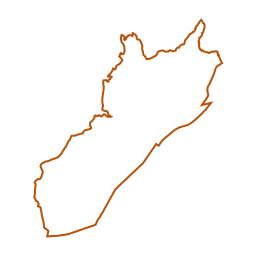 the district of Poiana Campina, Prahova, Romania, rotated 83°
{"feature_id": "2599482B35117184166461", "entity_name": "Poiana Campina", "entity_type": "district", "adm_level": 2, "iso_a3": "ROU", "parent_name": "Romania", "parent_adm1": "Prahova", "projection": "robinson", "projection_center": [25.703, 45.113], "detail": "fine", "context": "isolated", "style": "outline", "palette": "amber", "viewbox_px": 256, "rotation_deg": 83, "n_neighbors": 0, "source": "geoboundaries", "source_scale": "gbopen_adm2", "svg_char_len": 5628}
<svg xmlns="http://www.w3.org/2000/svg" viewBox="0 0 256 256"><g transform="rotate(83 128 128)"><path d="M220.1,172.0L215.0,168.9L213.6,167.3L209.8,164.5L207.6,162.6L205.5,161.3L203.4,159.7L187.3,148.0L186.0,146.3L178.4,135.9L173.4,129.2L171.8,126.9L166.4,119.7L164.8,117.4L147.3,102.0L149.3,99.7L145.9,96.8L144.1,94.9L142.5,92.6L141.5,90.9L136.1,82.7L134.3,78.7L133.5,76.2L132.8,71.4L132.2,68.0L131.7,66.7L130.6,64.4L128.1,60.4L125.5,56.7L123.0,53.3L121.4,51.4L120.0,49.6L118.5,47.9L113.2,42.6L114.2,51.8L107.3,45.6L105.4,44.4L103.2,44.4L101.4,44.8L98.7,44.3L96.8,43.8L94.4,41.8L84.6,36.0L79.8,33.9L77.9,32.5L77.2,31.4L75.1,26.6L72.6,27.7L67.9,29.0L67.7,28.9L66.3,29.2L66.3,29.3L66.7,29.8L66.4,29.9L65.3,29.7L65.1,29.7L64.9,29.9L64.5,29.8L64.1,29.9L63.6,29.8L63.3,30.2L63.1,30.4L62.7,30.7L62.8,30.9L62.5,31.8L62.5,32.5L62.8,32.9L62.8,33.2L62.7,34.4L62.4,35.1L62.5,35.9L62.6,36.5L63.2,37.4L63.4,38.8L62.7,39.6L62.6,40.5L61.1,43.6L60.5,44.2L59.8,44.8L60.0,45.2L60.2,45.5L59.6,45.8L59.3,46.0L59.2,46.5L59.0,46.8L57.8,46.9L57.1,47.5L56.2,47.4L54.7,47.6L54.0,47.1L53.3,47.1L52.5,47.3L52.0,46.9L51.7,47.0L51.5,47.3L51.3,47.4L50.7,47.5L50.0,47.2L49.2,46.6L48.7,46.4L48.3,46.4L48.0,46.1L47.1,46.1L47.2,45.7L46.3,44.6L45.7,43.8L43.9,43.2L43.5,42.9L43.1,42.8L42.8,42.9L42.5,42.0L42.3,41.8L38.8,40.3L36.9,39.7L36.1,39.7L35.2,39.5L34.5,39.4L34.1,39.6L33.1,40.5L32.6,40.7L31.0,41.4L29.6,42.2L31.4,44.1L32.1,44.5L32.2,44.8L32.9,45.2L33.0,45.4L33.3,45.7L35.2,47.4L35.3,47.4L35.6,47.9L36.2,48.4L36.8,48.8L36.8,48.6L37.0,48.6L38.0,48.9L38.6,49.2L39.3,49.7L40.7,51.3L40.8,51.7L40.6,52.0L41.8,53.5L42.3,55.1L44.3,56.8L45.8,58.2L46.5,58.9L47.5,60.2L48.2,60.7L49.6,61.3L50.9,61.7L51.7,62.2L51.8,62.5L51.7,63.8L51.8,64.5L52.3,65.7L52.9,66.5L53.7,67.0L54.4,67.6L54.5,68.0L54.3,68.7L54.3,68.9L54.8,69.9L55.0,70.2L55.8,70.8L56.9,71.2L57.0,71.3L57.3,73.3L57.3,73.7L57.3,74.1L57.0,74.8L56.0,76.6L55.9,77.0L56.1,77.5L56.7,78.0L57.0,78.5L57.0,78.8L56.8,80.3L56.8,81.8L55.3,83.9L55.2,84.4L55.7,88.3L55.9,88.6L56.5,89.3L57.0,89.6L58.1,90.0L58.5,90.4L60.1,92.4L60.2,92.7L60.1,93.0L60.1,93.4L60.6,94.2L60.9,94.7L61.2,95.8L61.3,96.7L61.9,97.8L62.0,98.5L61.9,99.5L61.9,101.2L61.5,101.3L59.4,102.2L58.1,103.0L57.5,103.6L56.9,103.8L53.8,103.9L52.6,104.2L51.6,104.3L50.3,104.2L48.5,103.8L47.2,104.0L45.1,104.6L44.0,104.8L42.4,105.4L42.1,105.6L41.8,106.0L41.5,107.0L41.4,107.3L41.1,107.5L41.0,108.0L40.9,108.1L39.9,108.4L38.1,108.3L37.2,108.9L36.5,109.1L36.2,109.4L36.0,110.0L35.8,110.3L34.4,111.5L34.4,111.8L34.6,112.0L36.0,112.1L37.2,112.5L36.2,114.2L36.0,115.0L36.0,115.5L36.7,117.0L36.8,116.9L37.1,117.1L37.3,117.7L37.6,118.2L39.0,119.0L39.9,119.7L40.2,120.2L40.0,120.6L40.0,120.9L39.8,120.9L39.4,120.7L39.2,120.9L39.0,121.0L38.7,120.3L38.0,120.0L37.7,120.0L36.8,120.6L35.9,121.5L35.3,122.2L34.9,123.0L35.2,123.3L36.2,123.4L36.9,123.8L37.8,124.2L38.1,124.2L39.0,124.1L41.5,124.0L44.7,122.3L46.6,121.8L48.5,121.8L49.5,121.9L51.7,122.2L52.3,122.4L52.7,122.9L53.5,123.1L53.8,123.4L54.1,124.0L54.1,124.4L54.1,124.7L53.6,125.2L52.8,126.0L53.2,126.4L54.9,127.3L56.0,128.0L57.0,127.0L57.3,126.7L59.1,125.8L59.9,125.3L61.1,126.2L62.4,127.6L63.4,128.6L63.5,128.7L63.7,129.6L63.9,129.9L64.2,130.7L65.0,131.8L66.1,132.5L67.2,132.9L67.9,133.4L68.2,133.7L68.3,133.9L68.3,134.2L67.1,135.3L69.5,136.8L70.5,137.6L72.1,139.2L73.5,141.0L74.0,141.5L74.3,141.6L74.6,141.5L74.6,139.5L74.9,138.2L75.1,137.9L75.4,138.0L75.6,138.3L76.1,139.1L77.4,140.2L77.6,140.7L78.2,141.5L79.0,141.8L79.6,141.9L79.6,142.3L79.5,142.6L79.1,143.0L78.1,143.5L77.9,143.8L77.8,144.2L77.8,146.5L78.9,146.9L80.9,147.2L83.9,147.0L84.9,147.2L87.9,147.7L89.0,148.2L91.5,148.8L93.0,149.3L95.1,149.7L96.8,150.1L98.2,150.2L101.5,150.4L102.0,150.1L102.9,150.0L104.9,150.8L105.7,151.1L106.4,151.2L106.9,151.1L107.2,150.9L108.0,149.4L108.7,147.4L109.1,146.7L109.4,146.3L110.1,146.1L111.7,146.0L112.5,145.7L113.4,145.1L114.6,143.4L114.7,143.7L114.7,144.4L114.5,146.4L114.4,146.9L113.8,147.5L111.9,149.1L111.7,149.3L111.5,149.8L111.5,150.2L111.7,150.6L112.0,151.1L113.0,152.1L113.2,152.5L113.3,152.8L113.2,153.3L112.1,154.4L111.7,155.0L111.8,155.4L112.4,156.3L112.6,156.8L112.6,157.1L111.7,158.5L111.6,159.0L111.7,159.5L112.0,159.7L112.4,159.9L113.9,160.0L114.1,160.2L114.9,161.2L116.6,162.6L117.2,163.7L117.5,164.4L117.9,164.8L120.2,165.3L120.9,165.4L121.2,165.3L123.1,164.5L123.6,164.5L123.8,164.6L124.2,165.4L124.5,166.7L124.6,167.6L124.8,168.2L124.8,169.0L124.9,170.4L125.1,171.2L125.3,171.6L125.8,172.2L127.6,173.4L127.8,174.1L128.2,177.3L128.5,178.7L128.7,179.9L129.1,181.4L129.1,182.7L128.8,184.1L128.8,184.6L128.9,184.9L129.3,185.3L129.6,185.5L131.4,186.5L132.6,187.3L134.5,189.1L135.3,189.7L138.4,191.5L139.9,193.1L141.7,194.3L143.1,195.7L144.7,196.7L145.3,197.3L146.4,198.6L148.0,200.3L148.6,201.5L149.5,205.0L149.9,207.3L150.1,208.3L150.6,209.2L151.1,211.0L151.2,211.4L151.2,213.8L151.4,214.1L151.9,215.3L152.6,217.6L153.4,218.5L153.9,218.9L154.9,219.5L155.2,219.5L156.6,219.2L157.8,218.8L158.8,218.6L160.1,218.2L160.8,217.9L161.1,217.9L161.7,218.0L165.5,219.7L167.8,221.4L168.0,221.7L167.8,223.4L167.8,224.0L169.3,226.2L169.6,226.5L170.3,227.1L170.7,227.2L171.4,227.2L171.8,227.0L172.0,226.8L172.5,226.5L173.3,226.6L174.5,227.0L175.7,227.2L177.2,227.7L178.6,228.1L180.4,228.2L181.5,228.4L185.2,229.4L186.0,229.2L188.5,228.2L189.3,228.0L189.7,227.2L190.4,226.5L190.7,226.3L191.4,226.3L192.5,225.9L193.2,226.2L194.4,226.8L194.8,226.9L195.1,226.3L195.3,225.4L195.9,224.6L196.2,224.5L197.1,224.4L197.6,224.6L199.1,224.3L205.1,224.1L210.6,223.4L213.1,223.2L213.6,223.4L217.0,223.2L218.7,221.2L220.3,219.6L225.8,221.4L226.4,210.6L226.1,200.3L220.1,172.0Z" fill="none" stroke="#b45309" stroke-width="2"/></g></svg>